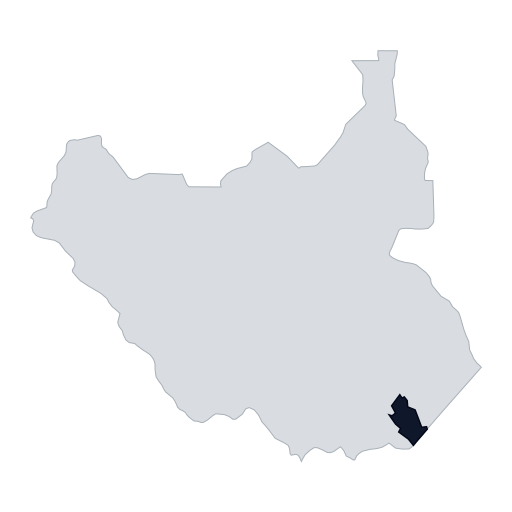 location of Budi, Eastern Equatoria, South Sudan
{"feature_id": "79223893B70583427213056", "entity_name": "Budi", "entity_type": "district", "adm_level": 2, "iso_a3": "SSD", "parent_name": "South Sudan", "parent_adm1": "Eastern Equatoria", "projection": "natural_earth1", "projection_center": [33.404, 4.372], "detail": "fine", "context": "in_parent", "style": "filled", "palette": "ink", "viewbox_px": 512, "rotation_deg": 0, "n_neighbors": 0, "source": "geoboundaries", "source_scale": "gbopen_adm2", "svg_char_len": 3961}
<svg xmlns="http://www.w3.org/2000/svg" viewBox="0 0 512 512"><path d="M428.8,427.2L412.3,446.4L411.1,447.5L409.1,449.0L402.4,449.1L395.5,448.1L389.1,443.1L382.6,447.0L378.5,448.2L376.1,448.7L370.3,449.3L362.2,451.3L358.6,453.9L356.6,456.0L354.9,459.7L354.1,460.1L352.6,459.7L350.5,458.1L346.2,456.0L344.1,451.2L342.0,448.3L340.4,446.8L333.5,451.6L330.2,452.7L327.5,452.5L322.5,449.9L317.0,447.6L314.2,447.6L309.9,450.4L305.1,454.7L302.6,459.0L301.4,461.5L299.7,457.6L298.1,455.2L295.8,454.3L291.2,455.2L290.1,453.8L289.8,450.5L289.2,447.5L288.0,445.2L284.5,443.0L275.3,438.4L268.3,429.2L264.7,424.9L262.1,422.1L258.5,414.9L254.3,409.9L249.2,407.6L245.9,408.7L242.4,414.1L235.9,419.1L232.9,419.3L229.1,416.5L224.3,414.6L215.7,413.8L212.2,416.1L207.5,420.0L203.5,422.3L201.1,422.5L198.8,421.6L196.2,421.1L194.0,421.0L189.4,417.5L187.0,415.0L185.4,412.5L182.8,410.8L179.8,409.4L177.6,407.2L176.5,404.4L174.8,400.9L172.6,397.7L165.6,392.0L163.5,388.6L162.0,385.4L159.2,381.7L156.1,376.9L155.1,369.8L155.0,364.0L154.4,361.4L153.1,358.7L151.6,356.5L149.1,353.9L143.4,350.3L137.5,346.0L134.7,343.5L129.3,342.6L126.1,340.2L123.4,334.8L122.3,330.6L119.6,327.2L118.4,324.8L117.8,322.0L120.0,313.6L116.9,310.6L112.2,306.7L108.9,302.4L106.9,298.5L100.9,293.4L87.9,285.7L80.3,280.7L76.2,276.3L72.7,272.0L72.3,270.2L74.7,265.9L75.0,262.3L73.1,258.4L65.4,251.0L59.2,242.9L54.5,240.3L43.1,238.1L39.8,237.2L36.4,235.6L33.1,232.0L32.0,227.7L33.7,220.7L32.6,218.6L30.7,218.0L31.3,216.6L33.4,213.2L37.0,211.0L46.4,207.6L46.9,206.3L47.1,202.0L47.9,199.9L51.1,193.9L51.6,191.5L51.8,186.4L52.2,184.0L53.2,182.3L55.8,179.3L56.7,177.5L57.1,173.6L56.9,165.8L58.2,162.8L64.2,155.8L65.8,152.6L66.3,149.8L66.3,146.9L66.7,144.1L68.5,141.4L70.0,140.5L74.3,139.7L77.3,140.2L98.1,135.4L100.5,136.1L101.6,138.9L101.4,143.5L101.8,145.7L102.9,147.3L106.2,149.4L108.4,153.0L109.6,154.4L112.9,156.8L128.3,177.6L132.6,179.5L136.9,178.8L145.3,174.5L149.5,173.4L178.8,174.6L182.1,174.0L182.3,174.1L186.7,184.5L188.9,186.8L221.1,187.0L220.5,184.0L220.9,180.7L226.6,174.3L227.4,173.6L232.4,170.5L237.2,168.5L246.6,166.1L250.0,162.4L251.9,158.9L252.0,152.2L253.2,151.1L255.4,149.5L266.2,143.4L268.1,142.2L287.1,156.2L297.8,167.3L298.4,167.9L299.0,168.1L299.6,167.7L300.0,167.2L301.3,166.7L305.9,166.6L314.6,166.0L317.4,164.7L334.9,144.8L339.3,138.5L340.4,137.2L343.0,132.7L345.6,124.9L346.1,124.0L365.2,105.4L365.9,103.9L366.1,102.8L363.2,96.5L362.6,93.3L362.5,88.4L363.0,80.8L362.8,76.0L362.6,74.7L362.5,74.4L351.9,60.7L378.7,60.6L378.7,58.9L378.6,58.3L378.1,56.7L377.8,54.5L377.9,53.3L378.0,52.2L378.0,51.5L378.0,51.0L378.0,50.7L397.4,50.8L397.1,54.7L394.8,63.8L394.8,69.3L394.2,75.5L393.6,77.4L392.6,78.9L392.3,79.6L392.2,80.3L396.2,115.2L395.9,116.7L394.9,118.8L394.6,119.6L394.5,120.1L395.0,120.5L403.9,124.3L404.3,124.5L404.6,124.8L407.8,129.3L425.4,145.9L426.0,146.7L427.8,151.9L428.0,152.7L428.0,153.9L428.0,154.9L427.5,158.0L427.7,159.4L428.0,160.3L428.2,161.4L428.2,161.7L428.1,162.5L425.5,168.5L424.6,172.8L424.4,176.4L424.5,178.5L424.8,179.8L425.1,180.3L425.3,180.5L432.9,180.6L432.9,182.5L433.9,214.0L433.9,217.5L433.6,222.0L432.7,223.7L430.6,226.2L427.9,228.5L421.1,229.1L415.4,229.0L411.3,228.5L405.8,228.3L400.6,228.8L398.7,230.7L391.9,247.5L389.8,251.6L389.2,254.1L389.8,255.5L392.5,257.7L398.4,260.6L405.1,262.4L410.2,263.1L413.6,263.9L416.2,264.8L425.8,272.4L428.9,276.0L430.6,279.1L431.0,282.4L432.4,285.8L441.1,296.3L449.4,301.2L452.6,306.8L455.7,309.5L458.6,312.4L460.2,316.7L463.8,329.3L466.2,335.9L468.7,341.3L469.7,350.1L471.7,354.0L473.7,358.8L477.1,363.2L480.6,366.5L481.3,367.3L445.2,408.3L428.8,427.2Z" fill="#d9dde1" stroke="#a8b0b8" stroke-width="1"/><path d="M413.4,445.4L416.0,442.2L427.3,429.1L426.5,426.7L421.7,427.3L415.1,409.9L407.7,406.9L407.2,400.6L404.3,396.9L402.0,398.0L399.8,394.7L391.6,405.8L395.5,413.0L392.1,415.8L389.2,414.9L391.3,418.0L395.6,424.1L400.6,428.4L398.7,432.0L408.4,439.1L413.4,445.4Z" fill="#0f172a" stroke="#020617" stroke-width="1.5"/></svg>